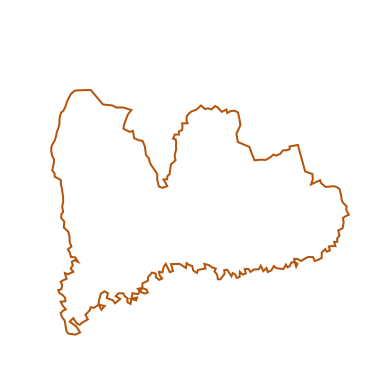 Condor, Rio Grande do Sul, Brazil, rotated 350°
{"feature_id": "56859067B96691975921638", "entity_name": "Condor", "entity_type": "district", "adm_level": 2, "iso_a3": "BRA", "parent_name": "Brazil", "parent_adm1": "Rio Grande do Sul", "projection": "mercator", "projection_center": [-53.503, -28.156], "detail": "fine", "context": "isolated", "style": "outline", "palette": "amber", "viewbox_px": 384, "rotation_deg": 350, "n_neighbors": 0, "source": "geoboundaries", "source_scale": "gbopen_adm2", "svg_char_len": 3892}
<svg xmlns="http://www.w3.org/2000/svg" viewBox="0 0 384 384"><g transform="rotate(350 192 192)"><path d="M44.3,296.6L44.2,306.4L45.3,309.8L52.3,312.2L57.4,310.9L54.7,304.2L49.0,298.5L53.1,295.6L55.7,301.4L58.4,303.3L60.9,301.7L67.3,299.3L65.7,294.5L70.7,290.8L72.2,287.9L75.3,289.0L80.5,286.9L81.5,282.7L84.5,276.4L88.6,274.6L91.7,277.1L89.7,281.6L95.2,284.8L96.9,288.2L102.7,284.8L98.8,281.3L101.9,279.0L106.6,279.8L107.9,283.2L110.0,285.5L109.2,289.3L112.1,291.5L113.8,286.6L115.9,281.3L118.4,282.3L121.1,283.2L123.4,281.0L121.9,277.9L126.5,277.9L127.3,273.4L133.2,271.7L133.9,268.3L138.6,264.4L142.1,266.0L141.7,269.7L144.6,272.9L147.6,272.0L145.6,268.3L145.7,264.9L148.8,266.1L151.2,260.7L153.7,258.3L156.2,267.1L159.6,266.5L158.9,259.4L167.3,260.6L172.8,265.7L174.4,261.2L176.5,263.5L179.3,264.8L179.6,269.4L182.8,272.6L184.4,269.8L188.4,269.7L192.1,269.7L191.7,265.0L195.8,266.8L198.6,269.7L202.1,271.5L200.3,274.2L202.4,277.6L202.3,282.4L204.8,282.9L209.8,278.4L210.2,274.5L213.2,274.7L216.2,281.8L218.0,278.9L220.3,280.8L221.1,284.3L224.1,284.0L225.3,279.0L227.4,282.1L230.8,281.6L230.6,276.9L234.2,277.6L235.8,280.9L239.7,279.0L244.3,279.7L246.9,276.6L248.5,282.3L252.2,279.8L252.8,284.0L256.4,283.0L259.8,279.1L261.7,281.6L264.9,282.7L268.8,283.7L271.9,279.8L273.0,282.8L275.6,281.9L277.5,278.7L281.0,278.9L281.1,275.6L284.2,276.2L287.5,278.9L291.5,277.2L295.1,276.2L299.9,277.1L300.8,281.3L304.8,280.6L308.2,279.5L309.3,274.2L313.3,271.4L314.4,274.2L317.7,273.5L317.2,269.4L320.4,269.5L323.8,270.2L323.4,265.8L326.4,266.3L326.9,263.0L329.6,260.5L329.3,255.2L334.0,253.9L336.1,248.2L336.1,243.8L339.5,242.4L342.4,241.7L340.8,236.2L341.8,233.0L338.8,228.8L338.0,225.7L338.3,221.5L338.0,218.3L337.8,214.6L335.4,212.3L332.6,210.9L324.4,210.2L320.7,205.7L320.2,202.6L310.6,205.2L313.2,200.3L313.7,195.2L307.0,191.4L304.4,164.0L300.1,164.1L296.0,164.1L295.6,166.9L293.0,167.2L288.6,166.9L285.8,169.6L281.2,170.8L278.7,169.3L275.3,171.4L270.2,173.2L265.2,172.1L259.0,171.6L257.2,162.6L256.4,157.6L245.8,150.7L245.9,142.3L251.3,134.5L251.4,128.9L251.1,121.6L248.0,119.3L244.3,119.0L240.4,120.3L240.1,116.8L235.2,118.2L232.2,113.6L229.9,111.3L225.5,114.0L222.1,112.3L219.3,112.6L215.9,108.4L210.7,111.6L205.5,112.6L203.0,113.9L199.9,116.6L199.1,120.3L199.5,123.5L194.2,122.7L193.9,126.3L193.0,129.3L189.7,130.1L189.0,133.2L185.1,132.4L182.6,136.1L185.1,137.4L185.0,140.4L184.2,143.9L183.9,147.0L181.2,153.0L181.3,157.8L178.9,159.5L176.1,161.0L175.1,164.0L173.9,167.7L173.1,170.4L170.4,172.3L169.7,175.1L166.1,174.8L167.7,178.8L168.6,181.9L163.6,182.8L160.3,180.8L159.9,173.2L160.9,168.7L159.6,165.2L156.3,158.0L155.5,154.8L155.5,151.7L153.1,147.5L153.5,138.7L152.1,133.0L149.0,132.0L144.4,129.0L144.4,121.6L141.0,121.9L135.4,117.8L136.8,113.7L142.3,104.6L146.5,100.7L138.6,96.7L132.2,95.7L128.7,93.0L119.5,90.3L110.0,74.0L99.1,72.3L94.3,71.8L89.9,74.3L86.5,78.5L84.4,81.7L83.1,84.3L81.5,86.9L79.5,89.6L77.0,91.0L75.3,94.1L74.0,97.7L73.3,101.8L71.6,105.6L69.3,109.5L67.6,113.9L65.8,117.3L62.9,120.8L61.3,123.3L60.5,127.0L60.5,132.2L61.8,135.9L60.9,139.6L59.5,143.1L58.2,146.3L59.9,150.0L59.4,153.1L62.2,155.2L64.9,157.5L64.2,161.6L64.5,165.9L64.3,170.8L64.2,174.8L63.4,179.3L61.6,184.0L61.6,189.4L59.5,191.2L58.6,194.9L61.1,199.0L59.6,204.7L63.3,209.7L63.6,214.8L62.8,220.0L63.8,224.8L59.8,226.9L61.2,230.6L61.5,235.0L65.7,236.1L67.6,240.9L64.6,238.8L61.5,239.9L61.9,243.5L59.2,246.3L61.2,250.0L55.4,251.5L52.8,249.8L53.0,252.8L53.4,255.7L50.0,256.5L47.1,257.6L48.0,261.0L46.5,265.0L43.2,265.4L43.9,268.4L46.6,270.9L48.7,274.2L48.3,277.6L43.6,277.3L44.9,281.3L47.3,285.6L44.3,286.6L41.6,288.4L42.2,292.4L44.3,296.6ZM123.4,281.0L127.9,283.9L131.1,283.2L130.3,280.3L126.5,277.9L123.4,281.0ZM80.5,286.9L82.3,292.2L86.2,289.0L80.5,286.9ZM113.8,286.6L118.2,289.0L119.5,286.4L113.8,286.6ZM281.0,278.9L281.6,283.7L283.4,281.1L281.0,278.9Z" fill="none" stroke="#b45309" stroke-width="2"/></g></svg>